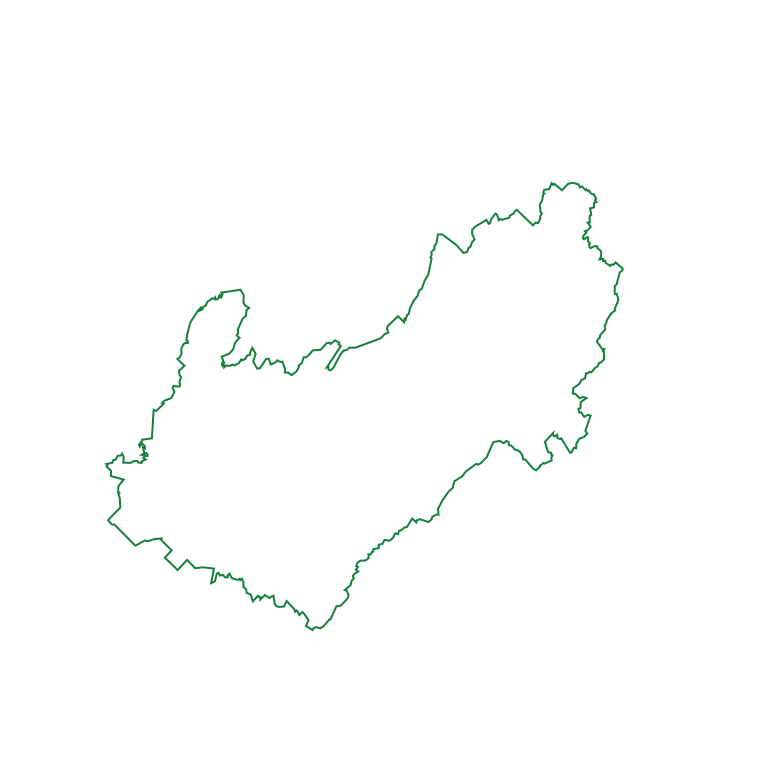 Banana, Queensland, Australia, rotated 36°
{"feature_id": "25037944B6409140573096", "entity_name": "Banana", "entity_type": "district", "adm_level": 2, "iso_a3": "AUS", "parent_name": "Australia", "parent_adm1": "Queensland", "projection": "equal_earth", "projection_center": [149.813, -24.807], "detail": "fine", "context": "isolated", "style": "outline", "palette": "green", "viewbox_px": 768, "rotation_deg": 36, "n_neighbors": 0, "source": "geoboundaries", "source_scale": "gbopen_adm2", "svg_char_len": 6165}
<svg xmlns="http://www.w3.org/2000/svg" viewBox="0 0 768 768"><g transform="rotate(36 384 384)"><path d="M399.5,132.7L400.1,135.2L401.9,135.7L401.5,137.2L404.1,142.7L404.5,147.1L409.3,152.6L411.5,153.3L411.8,156.6L413.2,158.3L414.0,163.4L411.7,164.4L411.2,168.1L389.1,165.0L388.3,167.5L388.8,169.5L386.9,173.7L387.6,175.7L383.0,181.8L381.2,182.0L380.7,184.0L375.8,180.5L374.0,180.7L373.8,186.9L375.2,192.1L374.4,192.9L370.4,191.1L365.5,202.5L364.6,207.4L367.1,210.8L372.3,213.8L371.9,217.7L373.3,222.3L372.4,224.0L373.7,228.2L371.4,231.2L360.2,229.0L343.1,228.7L339.7,231.3L343.6,239.0L343.8,243.0L345.6,245.1L344.7,249.3L346.8,251.7L347.3,254.6L348.8,254.6L355.5,269.4L356.1,276.2L358.6,285.0L357.4,287.2L359.4,293.0L359.0,299.1L360.4,307.3L362.9,312.8L362.1,314.4L363.7,319.4L362.4,319.3L364.0,322.2L355.5,320.9L353.0,334.8L353.7,337.4L357.3,340.0L355.1,343.6L354.5,348.9L339.5,371.5L334.5,375.0L334.1,377.8L331.7,380.9L331.5,386.2L333.5,400.9L332.7,404.4L330.5,405.0L328.8,402.7L328.0,404.1L326.7,378.6L323.9,378.6L323.5,376.8L318.7,377.5L317.3,383.0L315.6,382.6L313.6,384.8L312.6,393.6L306.7,398.5L305.9,406.0L305.2,408.3L303.3,409.6L305.3,415.6L304.1,419.2L305.2,420.3L305.8,425.5L303.9,431.2L300.1,431.0L297.0,433.0L295.1,430.0L288.6,425.6L287.3,427.2L283.8,427.5L283.3,430.7L281.0,434.8L275.9,431.4L273.9,432.9L274.4,444.0L272.4,446.2L264.9,442.6L262.4,435.0L256.1,432.2L257.4,437.8L258.5,438.9L256.5,441.7L257.1,445.3L255.3,448.2L254.1,447.9L254.3,452.5L252.0,456.9L250.2,457.1L248.5,460.0L245.5,461.9L244.9,464.4L244.1,463.2L243.0,464.4L241.2,463.3L240.7,461.4L242.4,461.9L242.5,461.1L236.6,457.3L240.9,450.8L241.6,444.8L239.2,437.9L240.0,431.6L236.3,431.4L235.9,428.3L233.7,425.7L231.2,414.2L232.3,410.0L229.4,405.3L230.2,401.7L225.8,402.2L222.2,400.6L218.4,394.6L212.5,392.0L198.7,405.7L200.1,406.3L200.1,407.8L200.8,407.2L201.5,409.7L200.0,410.5L198.9,409.6L199.7,413.0L198.2,414.6L196.5,413.2L196.6,414.9L194.7,415.5L192.8,421.4L193.6,425.0L192.4,428.5L193.2,430.2L191.3,434.0L191.7,430.0L191.0,429.6L190.4,433.5L191.1,447.9L195.7,459.7L198.5,464.8L200.0,464.6L201.2,466.2L199.1,467.4L198.4,469.8L199.2,474.5L202.4,478.6L203.1,482.3L202.2,485.2L211.9,486.5L210.4,493.9L213.1,496.8L215.8,497.7L217.3,502.6L220.0,505.1L219.6,506.7L214.9,509.3L215.3,511.5L219.1,513.5L220.2,520.4L216.1,526.7L215.7,529.8L217.4,529.4L215.5,539.8L212.8,540.3L228.2,564.4L221.0,571.2L221.7,571.8L221.4,577.1L223.1,578.1L222.6,574.3L227.4,574.9L228.5,576.6L226.2,576.9L230.7,580.9L229.7,583.6L231.2,582.7L232.1,579.6L234.1,579.9L234.9,581.1L232.9,583.1L232.7,585.2L235.6,585.2L233.6,588.6L234.1,590.5L231.2,592.0L229.6,591.3L226.9,593.5L225.5,596.6L219.3,600.9L216.4,596.1L213.1,594.3L213.2,596.5L210.8,598.7L211.3,603.2L209.8,604.6L210.5,607.4L206.4,612.0L207.9,612.3L208.2,613.8L214.2,614.6L217.1,619.1L229.6,614.3L229.1,622.6L231.9,627.0L233.7,627.7L232.9,628.3L237.5,631.8L243.3,639.0L240.9,654.9L241.4,656.7L246.3,657.5L248.7,656.2L277.9,661.0L282.4,651.3L285.6,649.8L289.0,644.9L294.9,639.6L295.4,641.2L310.0,643.4L308.8,653.3L326.4,655.8L328.0,642.1L339.5,644.0L345.3,638.7L354.9,633.3L361.2,646.7L363.2,643.1L360.3,635.7L361.1,634.0L364.0,635.3L365.8,633.2L369.4,633.8L371.2,631.8L370.1,631.1L370.4,628.3L375.3,630.5L380.9,628.5L381.7,626.5L383.0,627.2L383.5,625.1L386.6,626.7L389.7,630.9L393.0,631.0L395.6,633.7L400.0,632.7L405.7,637.0L406.6,628.6L407.2,630.2L409.4,629.2L410.7,631.0L411.7,624.7L417.0,624.4L418.9,620.2L424.7,625.9L426.9,627.0L430.1,626.1L433.9,622.8L432.8,616.8L443.9,618.9L445.9,620.5L446.2,618.7L447.6,618.8L451.4,620.7L451.9,616.5L454.3,616.8L461.7,619.3L463.2,625.8L470.9,625.0L470.5,622.9L472.0,620.6L476.1,619.0L477.5,615.4L478.2,606.6L479.0,605.8L476.2,591.8L479.4,588.6L480.5,579.1L479.5,575.5L474.9,573.0L473.4,573.6L475.2,566.2L473.5,562.3L473.7,558.9L471.6,557.7L471.6,554.9L473.4,550.9L470.4,550.7L470.5,547.3L468.6,547.6L467.6,544.4L468.7,540.9L472.7,537.6L473.9,533.8L471.5,530.9L473.5,529.7L473.0,527.0L473.9,525.8L472.4,524.1L476.3,519.7L474.2,517.3L476.6,514.3L476.1,509.9L480.7,507.4L481.7,503.2L480.9,498.2L483.6,497.2L482.4,493.8L484.1,492.2L484.7,488.6L486.6,485.9L485.9,476.3L491.4,476.9L490.6,475.4L492.4,472.3L501.2,469.5L502.0,465.6L501.1,462.8L503.5,458.4L505.0,457.7L501.1,453.4L499.6,443.2L499.5,433.2L500.6,427.6L498.1,421.5L501.5,412.6L501.6,406.9L505.5,394.5L507.5,393.9L508.6,391.7L510.1,382.8L506.6,366.8L511.1,362.0L515.6,361.5L516.5,358.2L519.0,357.6L521.0,360.1L523.3,359.0L528.5,360.1L532.7,358.7L537.5,360.1L540.9,363.1L543.1,362.1L554.5,364.9L557.8,364.4L558.8,359.4L558.1,358.3L559.6,354.0L560.7,354.0L564.6,347.4L562.8,345.4L562.2,342.6L560.8,342.9L559.6,341.3L556.9,342.7L548.2,336.3L549.6,324.4L550.2,325.8L552.8,326.2L553.9,323.2L555.9,325.7L559.0,324.9L559.3,323.8L575.0,330.2L575.8,329.3L575.1,323.9L577.2,323.1L574.8,319.4L574.1,313.4L576.9,309.3L577.6,304.7L574.5,303.6L569.7,288.1L567.2,289.0L565.2,292.9L560.3,291.1L558.9,292.3L555.9,289.8L557.2,288.0L553.7,283.0L556.1,276.4L552.9,277.2L550.7,280.5L544.6,279.5L542.5,280.8L539.6,276.4L541.9,269.0L541.3,265.0L543.3,261.3L541.1,256.4L542.4,255.9L543.2,253.2L544.9,252.7L545.3,246.5L546.5,243.9L545.6,240.5L546.8,239.0L547.6,234.8L542.6,228.3L541.6,228.5L541.9,226.4L539.7,227.3L531.3,224.6L530.7,222.3L531.4,219.9L530.2,217.5L530.9,209.7L528.1,206.9L528.1,204.1L526.8,201.8L526.4,193.1L527.7,188.7L526.4,187.4L524.6,179.3L523.2,177.1L519.3,174.3L518.1,175.4L517.0,174.7L513.1,168.9L513.6,166.8L509.2,155.3L510.0,151.6L509.2,150.3L500.0,149.5L499.5,152.8L497.8,153.5L497.6,155.5L492.0,155.6L490.7,154.4L488.9,155.7L487.8,153.8L485.2,156.5L484.6,153.2L481.8,149.0L476.6,148.6L475.8,147.3L473.3,148.7L471.2,152.7L469.8,152.6L467.9,150.7L468.0,149.2L465.1,148.6L463.1,145.4L461.7,146.2L460.8,149.4L459.3,149.2L458.2,146.8L458.6,142.5L456.8,142.2L458.4,139.9L458.9,135.4L453.9,133.7L455.5,132.5L451.6,127.2L452.2,125.4L447.5,120.8L450.1,117.6L447.4,114.1L449.0,112.0L446.7,111.3L446.7,109.3L442.2,107.3L439.6,108.3L436.0,107.0L435.8,108.1L433.2,107.6L433.1,108.6L428.1,107.8L426.9,109.8L424.3,108.1L418.5,110.2L415.3,113.8L414.1,122.6L404.2,122.0L404.1,123.4L401.6,123.0L403.0,129.4L399.5,132.7Z" fill="none" stroke="#15803d" stroke-width="2"/></g></svg>